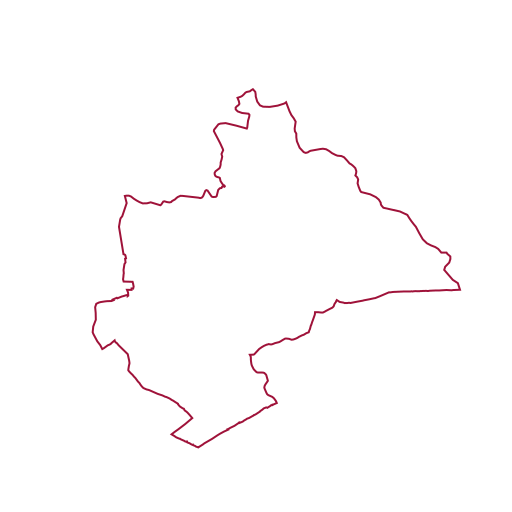 the district of Farliug, Caras-Severin, Romania, rotated 158°
{"feature_id": "2599482B98353874095060", "entity_name": "Farliug", "entity_type": "district", "adm_level": 2, "iso_a3": "ROU", "parent_name": "Romania", "parent_adm1": "Caras-Severin", "projection": "robinson", "projection_center": [21.876, 45.494], "detail": "fine", "context": "isolated", "style": "outline", "palette": "rose", "viewbox_px": 512, "rotation_deg": 158, "n_neighbors": 0, "source": "geoboundaries", "source_scale": "gbopen_adm2", "svg_char_len": 6105}
<svg xmlns="http://www.w3.org/2000/svg" viewBox="0 0 512 512"><g transform="rotate(158 256 256)"><path d="M213.9,409.6L213.9,405.9L214.4,403.3L215.8,402.4L217.6,402.0L219.3,401.2L219.9,399.5L218.8,396.9L215.3,393.8L209.6,390.7L209.2,389.3L210.1,387.7L212.7,384.4L216.0,378.4L216.8,377.6L225.4,384.2L234.4,390.6L239.4,392.1L241.5,392.2L247.5,388.8L248.3,387.6L247.0,374.2L246.7,367.8L246.8,366.4L249.8,363.5L250.1,360.8L251.8,358.3L253.7,356.0L254.6,353.9L255.9,352.1L256.9,351.1L261.8,349.7L263.2,348.6L263.6,347.6L263.7,346.8L263.7,345.9L263.5,345.1L262.4,343.8L261.0,342.8L260.3,341.9L260.8,338.9L260.5,337.0L259.8,334.0L259.0,333.4L258.8,332.7L258.8,332.3L259.2,332.1L259.6,332.9L260.3,333.0L260.5,332.7L261.4,333.0L262.2,332.2L262.6,332.0L263.8,332.3L264.3,332.3L266.3,331.4L270.0,326.3L271.1,325.9L273.6,326.7L274.6,327.4L274.9,327.9L276.4,334.8L277.4,335.7L278.6,335.4L282.3,331.6L283.3,330.9L284.5,330.4L286.0,330.6L287.6,331.7L301.5,339.2L303.5,340.1L306.5,340.0L308.2,339.5L309.9,338.8L313.2,338.4L314.5,337.8L316.2,338.1L318.4,339.4L320.4,341.0L321.6,341.2L324.6,339.2L325.7,338.9L333.5,345.2L337.3,345.7L341.3,347.2L343.8,349.6L346.0,352.3L347.9,355.0L349.6,358.0L351.2,359.5L351.6,359.7L353.3,360.4L355.1,360.8L356.1,353.5L365.1,343.0L367.4,341.7L368.3,340.6L372.1,334.4L378.2,307.3L377.3,306.6L376.9,305.9L376.9,305.1L377.4,302.5L378.4,302.5L379.4,298.9L381.0,297.8L384.1,292.6L385.1,289.4L385.6,288.7L386.9,286.1L388.0,284.2L388.3,281.9L380.1,278.3L380.3,276.5L380.9,273.5L382.1,271.8L383.5,272.5L384.1,271.2L388.3,273.0L388.3,270.1L389.3,267.1L390.0,266.9L389.6,268.0L391.3,268.3L394.0,268.5L395.6,268.7L400.4,268.7L400.7,269.4L405.1,269.3L404.7,268.4L406.9,268.4L411.0,269.9L413.1,270.5L417.4,271.5L419.2,271.7L422.0,271.5L424.3,268.8L426.0,263.2L428.4,256.9L433.3,251.6L436.0,246.5L436.0,244.4L435.1,236.3L433.8,231.7L433.4,227.3L431.7,227.5L426.9,228.7L425.0,228.7L423.6,228.9L422.6,229.4L418.7,230.7L418.8,230.0L418.5,228.6L418.4,228.3L417.8,227.7L417.1,225.7L416.9,224.9L411.7,213.0L412.8,206.5L413.3,204.5L413.6,203.7L414.9,201.9L416.6,199.1L417.2,198.0L417.1,197.3L416.8,196.3L415.9,194.0L415.0,192.1L414.3,189.8L413.6,188.2L412.5,183.9L411.6,181.7L411.4,180.3L410.8,178.0L409.9,175.8L407.5,173.3L405.8,172.1L405.0,171.4L398.8,165.0L395.0,161.8L392.9,159.5L392.0,158.9L390.0,156.8L388.7,155.2L388.4,154.5L387.0,152.9L385.5,150.7L383.8,148.4L383.7,148.2L383.9,147.8L383.0,145.1L382.4,144.2L381.9,143.5L381.1,142.3L380.1,141.4L380.0,139.6L378.8,137.7L378.2,136.5L377.2,133.8L375.8,129.6L384.6,126.7L393.0,124.4L397.2,123.4L401.1,122.3L400.4,121.3L399.2,119.8L398.2,118.2L397.7,117.5L396.9,116.8L396.6,116.4L395.3,115.2L395.0,115.1L394.5,114.3L391.7,111.4L391.2,110.6L390.4,110.0L389.6,110.0L389.4,109.9L389.6,109.0L388.5,107.9L387.7,107.3L387.2,106.4L385.8,104.8L385.2,104.7L385.3,104.4L385.2,104.2L383.7,102.8L383.1,101.8L381.9,100.8L381.6,100.5L381.2,100.5L381.1,100.2L375.6,101.2L375.1,101.4L373.8,101.7L365.2,102.9L358.9,104.2L355.9,104.7L351.5,105.2L347.0,105.4L347.2,106.0L346.2,106.0L344.3,106.3L339.6,106.6L334.9,107.6L334.0,108.0L333.4,107.9L333.3,107.7L333.4,107.4L331.3,107.4L330.0,107.5L328.8,107.9L326.4,108.2L325.4,108.5L323.0,108.4L319.4,108.9L318.1,109.0L317.9,109.1L317.7,109.3L317.0,109.2L315.6,109.3L311.6,110.1L310.8,110.2L310.6,110.4L310.2,110.6L307.5,111.2L306.0,111.8L303.3,111.8L302.8,111.5L302.4,111.0L298.4,111.7L297.9,112.0L297.2,111.8L296.7,112.0L296.5,111.6L295.5,111.8L291.8,111.9L291.8,113.0L291.9,114.3L292.7,117.4L293.7,119.3L296.7,122.4L297.4,123.6L297.5,124.3L297.6,125.3L297.7,129.9L297.6,130.7L297.5,131.1L296.4,132.6L295.1,133.6L291.9,135.7L291.7,136.0L291.1,141.7L291.2,142.4L292.1,144.4L292.9,145.1L294.5,145.9L297.6,147.1L298.5,147.6L299.1,148.3L300.2,150.9L300.6,152.2L300.9,156.0L300.7,157.7L300.1,160.1L299.5,162.1L299.0,163.3L298.6,164.5L298.6,165.6L298.7,166.7L295.3,165.5L294.5,165.5L287.9,168.6L284.9,169.3L282.3,169.7L279.2,169.8L278.4,169.6L277.3,169.6L275.7,168.6L274.6,168.2L273.6,168.1L271.0,168.1L266.8,167.5L265.0,167.7L262.9,168.1L260.0,168.5L259.0,168.2L256.5,166.9L254.3,165.0L252.6,164.6L250.8,164.5L249.5,164.5L248.0,164.6L246.9,164.9L243.2,165.2L241.1,165.1L238.2,165.6L235.7,165.5L234.5,167.0L233.4,168.0L231.1,171.1L230.8,171.2L229.6,172.6L228.8,173.6L227.4,175.1L223.7,179.3L223.2,180.0L222.3,181.8L219.2,180.5L217.0,179.3L215.7,178.7L214.9,178.5L212.7,178.7L211.6,178.9L210.3,179.0L207.4,179.3L205.8,179.4L204.6,179.5L203.6,179.9L202.9,180.2L201.3,182.0L200.5,182.6L199.2,183.4L198.5,184.2L197.6,184.9L195.8,182.3L195.4,181.9L192.5,180.1L191.2,179.0L190.3,178.8L189.4,178.3L187.3,177.8L185.9,177.0L184.6,176.8L184.2,176.7L179.5,175.8L173.7,174.6L172.6,174.5L167.1,173.4L162.4,172.6L161.3,172.3L156.0,172.3L146.2,172.5L145.6,172.1L142.3,171.3L132.4,167.8L126.2,165.3L125.0,165.0L124.0,164.4L123.2,164.3L121.1,163.6L119.4,162.8L118.5,162.5L118.0,162.2L117.0,162.0L116.0,161.6L114.1,161.0L111.0,159.8L109.7,159.1L107.9,158.7L102.5,156.8L99.0,155.4L92.1,153.1L87.4,150.9L86.0,150.6L79.5,148.3L79.0,155.2L82.5,160.2L86.7,172.6L84.6,175.2L79.3,177.5L76.9,180.4L76.0,182.8L77.8,186.3L78.1,187.8L82.9,189.7L84.4,194.3L86.4,197.1L89.8,200.3L92.8,203.8L95.1,209.0L96.1,216.0L96.8,223.1L97.9,226.6L98.9,230.2L99.7,233.8L100.3,237.4L105.9,243.4L119.8,253.0L120.8,256.0L120.8,257.4L120.4,258.8L121.0,262.3L122.8,265.7L127.0,270.4L134.5,275.9L134.9,277.4L134.9,278.1L134.9,281.7L134.6,285.3L132.6,288.7L132.7,291.1L133.7,293.4L132.4,294.9L131.4,296.6L131.2,297.2L131.0,300.2L131.7,302.0L132.5,303.7L133.4,305.3L134.6,306.8L135.9,310.7L137.4,314.6L139.4,316.7L142.9,318.5L144.4,319.9L147.0,322.9L148.8,325.9L151.0,328.7L153.8,330.4L156.4,331.1L165.9,333.1L167.2,333.1L169.0,332.7L170.3,332.8L171.5,333.1L172.9,334.5L175.0,340.0L175.1,347.1L174.2,350.8L172.8,354.4L173.2,357.1L172.4,359.7L168.9,365.7L169.4,369.5L170.4,373.4L170.7,377.6L170.5,387.3L171.8,386.9L173.1,386.8L179.6,387.3L187.4,389.1L193.5,391.8L195.9,394.2L197.0,398.7L196.5,403.9L195.7,406.2L195.2,408.5L196.4,411.8L198.3,411.5L200.0,411.0L203.3,411.6L204.7,411.4L206.7,410.4L208.8,409.6L210.5,409.4L213.9,409.6Z" fill="none" stroke="#9f1239" stroke-width="2"/></g></svg>